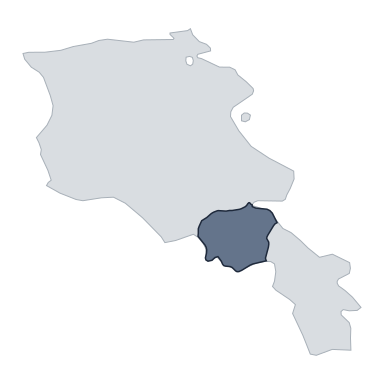 Vayots Dzor on a map of Armenia (Natural Earth projection)
{"feature_id": "ARM-1733", "entity_name": "Vayots Dzor", "entity_type": "Province", "adm_level": 1, "iso_a3": "ARM", "parent_name": "Armenia", "parent_adm1": "", "projection": "natural_earth1", "projection_center": [45.445, 39.743], "detail": "fine", "context": "in_parent", "style": "filled", "palette": "slate", "viewbox_px": 384, "rotation_deg": 0, "n_neighbors": 0, "source": "natural_earth", "source_scale": "10m", "svg_char_len": 2775}
<svg xmlns="http://www.w3.org/2000/svg" viewBox="0 0 384 384"><path d="M164.9,242.6L161.2,236.8L142.6,217.8L125.3,203.2L113.5,197.2L101.5,197.8L82.9,200.7L76.1,199.5L59.9,193.1L46.5,185.6L48.3,182.4L51.2,180.2L47.9,170.3L40.5,154.5L41.3,149.6L39.0,142.8L36.4,137.6L47.0,125.2L51.9,115.3L53.1,105.7L50.3,95.6L43.5,77.4L39.2,72.2L31.3,67.2L24.7,59.2L23.0,53.5L28.7,52.3L45.1,52.2L60.9,50.3L73.4,46.5L91.4,43.3L98.8,40.5L107.5,39.2L133.8,42.2L143.6,39.9L173.2,39.5L174.0,38.3L170.0,34.4L170.0,33.0L187.6,30.6L190.4,28.7L192.7,34.8L199.3,41.6L206.5,44.3L210.4,48.1L210.6,50.9L197.8,54.3L196.9,56.0L197.7,57.7L201.5,58.6L219.5,67.1L229.7,67.2L235.1,69.8L237.8,74.9L246.3,81.8L253.1,88.5L253.6,90.8L252.3,94.2L233.2,107.3L230.8,111.8L230.5,116.6L238.9,130.9L251.2,146.4L269.1,158.2L293.7,171.1L294.1,179.0L290.2,188.5L286.8,194.9L285.3,199.3L282.3,201.1L257.8,200.7L254.1,202.2L252.5,204.1L252.4,205.6L261.2,208.5L275.0,218.6L282.9,228.5L291.2,232.7L300.5,240.6L307.9,247.9L319.5,257.3L332.4,254.2L349.6,262.6L350.4,268.3L349.3,273.4L338.5,279.0L337.2,281.3L337.2,283.2L338.6,285.9L345.0,290.5L352.5,297.2L361.0,307.4L357.2,310.4L349.3,310.8L343.2,309.6L341.0,311.6L341.2,314.9L349.2,322.6L350.8,328.2L350.5,337.9L350.9,350.2L332.2,349.4L316.3,355.3L310.3,354.1L306.2,343.7L302.8,335.2L292.6,313.5L295.4,304.6L289.7,299.5L276.0,290.3L272.5,286.5L274.5,281.2L275.8,271.7L274.5,263.9L270.8,261.6L264.0,261.4L255.7,263.3L239.1,270.8L227.6,266.0L221.0,261.2L217.1,257.2L208.5,260.5L206.4,258.9L205.9,248.9L203.3,243.6L198.1,237.3L193.3,234.3L175.6,240.5L164.9,242.6ZM192.7,64.2L193.3,60.6L192.4,57.4L189.6,56.4L186.1,57.2L185.8,60.8L186.9,64.2L190.4,65.8L192.7,64.2ZM249.4,119.6L245.3,121.8L241.5,120.8L241.5,115.2L244.2,113.0L247.4,113.1L250.4,115.1L249.4,119.6Z" fill="#d9dde1" stroke="#a8b0b8" stroke-width="1"/><path d="M252.1,204.8L252.3,206.6L255.7,208.1L267.0,209.2L269.9,210.6L272.3,213.1L277.1,222.7L275.2,223.7L273.6,225.6L267.9,235.0L266.9,237.0L266.7,238.5L268.7,242.1L268.8,244.2L268.4,247.1L265.5,258.0L265.6,258.7L265.7,259.2L266.2,260.6L266.3,260.8L253.1,263.9L250.2,265.1L241.6,270.4L240.4,270.9L239.2,271.5L238.0,271.7L236.8,271.6L235.6,270.9L232.2,267.5L230.3,266.6L225.2,266.1L223.6,265.5L222.5,264.0L221.3,261.2L218.6,257.5L217.9,256.6L215.0,257.5L212.0,260.3L208.0,261.2L205.9,259.9L205.4,257.9L206.5,253.1L206.7,249.9L206.2,247.4L205.1,245.2L198.0,236.3L198.3,233.4L198.3,228.9L198.4,228.4L199.2,226.2L201.7,220.7L206.8,217.5L211.1,213.7L212.5,212.8L213.8,212.1L217.2,210.8L218.2,210.6L226.1,211.1L229.4,210.5L232.1,210.5L239.5,209.3L241.3,208.7L245.1,206.8L246.6,205.5L247.7,203.8L248.1,203.4L248.7,202.8L249.2,202.7L249.6,202.8L250.0,203.1L250.2,203.4L250.8,204.1L251.7,204.7L252.1,204.8L252.1,204.8Z" fill="#64748b" stroke="#1e293b" stroke-width="1.5"/></svg>